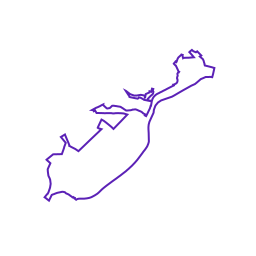 outline of Kalnciema pag., Jelgava, Latvia, rotated 72°
{"feature_id": "27541924B33017162899558", "entity_name": "Kalnciema pag.", "entity_type": "district", "adm_level": 2, "iso_a3": "LVA", "parent_name": "Latvia", "parent_adm1": "Jelgava", "projection": "orthographic", "projection_center": [23.587, 56.795], "detail": "fine", "context": "isolated", "style": "outline", "palette": "violet", "viewbox_px": 256, "rotation_deg": 72, "n_neighbors": 0, "source": "geoboundaries", "source_scale": "gbopen_adm2", "svg_char_len": 5307}
<svg xmlns="http://www.w3.org/2000/svg" viewBox="0 0 256 256"><g transform="rotate(72 128 128)"><path d="M99.8,156.7L100.4,155.5L101.5,155.3L101.1,153.9L104.0,153.3L104.5,151.7L105.0,150.4L105.4,149.3L105.9,147.8L106.3,146.7L106.8,145.5L107.3,143.5L108.0,141.4L108.6,139.5L109.3,138.2L109.8,136.9L110.0,135.5L110.5,133.8L110.9,132.5L111.4,131.2L111.9,129.8L112.9,127.5L113.9,126.1L115.0,124.5L116.1,126.5L119.7,133.2L121.1,135.9L124.4,142.1L121.9,143.4L120.8,144.1L118.9,145.3L116.0,147.2L114.0,148.6L113.6,148.9L113.2,149.3L112.5,149.9L111.8,150.6L117.9,156.3L118.4,156.7L119.1,156.2L120.9,153.6L124.2,160.5L127.3,167.0L131.1,174.8L134.7,182.3L131.7,184.6L130.8,185.5L129.7,186.6L128.6,187.7L127.4,188.8L127.0,189.2L126.8,189.4L126.4,189.1L123.0,189.3L122.1,189.4L118.8,189.7L116.1,189.9L114.9,190.0L114.7,190.0L115.8,194.6L122.9,191.8L126.3,194.5L127.0,194.9L127.2,195.0L128.1,195.7L128.4,195.9L130.6,197.6L132.4,199.0L130.9,204.0L129.9,207.3L132.9,215.1L133.0,215.3L134.5,214.5L134.7,214.3L135.6,213.8L137.5,212.7L140.7,215.6L142.4,217.1L144.7,217.7L145.8,217.9L148.5,218.4L148.9,218.4L149.4,218.4L151.3,218.1L153.0,218.0L157.2,218.8L160.7,220.6L164.8,223.7L165.5,224.5L165.8,224.8L165.8,225.0L165.9,225.3L168.1,228.7L169.2,227.9L172.7,225.6L172.4,225.3L171.8,224.8L170.8,223.8L170.7,223.7L168.8,221.9L168.7,221.8L168.3,221.4L168.1,221.2L168.0,220.3L168.0,219.5L168.0,219.1L168.0,218.7L167.9,217.8L167.8,215.5L167.9,214.3L168.1,212.6L168.3,210.5L168.5,209.8L168.8,209.2L169.1,208.6L169.5,208.1L169.7,207.8L170.9,207.2L171.4,206.7L171.6,206.4L172.0,205.9L172.3,205.6L172.9,205.0L173.1,204.8L173.3,204.7L173.8,204.3L174.1,204.1L174.7,203.7L175.7,202.9L176.6,202.3L177.3,201.5L177.0,201.2L177.6,200.7L177.7,201.0L177.9,200.7L178.0,200.4L178.1,200.2L178.3,200.3L178.5,200.4L178.7,200.5L178.8,200.4L180.2,199.5L180.1,199.2L179.9,198.2L180.0,196.9L180.4,195.3L181.1,193.3L181.6,191.8L182.1,189.4L182.3,188.1L182.5,186.3L182.5,184.8L182.4,183.7L181.9,180.9L181.7,180.0L181.0,177.4L180.2,175.5L179.3,173.7L178.4,171.9L177.6,170.0L176.8,167.9L176.0,165.7L175.0,162.7L173.9,159.5L172.8,156.0L172.4,154.7L171.5,152.1L170.8,149.9L169.7,146.9L168.5,143.5L167.4,141.0L167.1,140.2L166.2,138.3L165.2,136.1L163.1,132.2L161.3,129.2L158.8,125.6L156.4,122.2L155.2,120.6L153.9,118.6L152.3,116.5L151.4,115.4L150.8,114.9L149.4,113.7L147.8,112.6L147.2,112.3L144.2,111.4L139.2,109.9L135.4,108.9L133.5,108.3L131.2,107.3L128.7,105.7L121.4,99.0L121.0,98.8L118.8,97.8L117.2,96.6L115.1,94.9L113.0,91.6L112.0,87.9L112.0,87.3L111.9,82.4L111.8,76.5L111.3,73.8L110.3,69.3L109.1,63.7L108.2,59.1L107.3,54.6L107.1,52.7L106.9,50.8L106.2,48.9L105.0,46.0L104.0,43.7L103.8,41.1L103.5,38.4L104.5,35.2L104.7,34.2L105.7,32.2L103.4,30.7L103.1,30.5L98.5,27.8L97.6,27.3L96.5,29.0L96.3,29.2L93.9,33.0L92.6,35.1L92.3,35.6L91.2,35.6L90.7,35.4L89.9,35.4L88.7,35.4L87.5,35.3L85.7,35.5L82.2,37.6L81.7,35.9L76.5,38.5L77.0,40.0L76.4,40.7L75.1,42.2L74.4,42.6L73.5,43.1L74.5,45.7L74.8,46.2L75.0,46.1L76.5,45.4L78.6,44.5L81.1,43.5L80.0,48.2L79.4,50.3L79.2,50.8L78.4,53.8L78.5,54.0L78.0,54.0L77.5,54.0L76.9,53.9L76.4,53.8L75.9,53.7L75.4,53.4L74.8,54.4L74.7,54.5L74.9,54.7L75.0,55.0L76.5,58.3L77.1,59.0L77.7,59.6L78.9,60.5L79.6,61.0L80.0,61.3L80.3,61.8L79.4,62.2L79.6,62.5L79.8,62.7L80.4,63.7L80.9,64.6L81.0,64.6L82.2,64.0L83.4,63.4L83.5,63.2L90.1,62.4L90.4,62.1L90.6,62.4L90.7,62.5L90.4,62.9L91.7,64.3L93.7,64.6L94.9,65.6L96.3,66.1L96.9,65.9L97.8,66.1L98.4,66.3L99.3,66.8L100.1,67.6L100.5,68.4L100.6,69.0L100.9,70.8L100.8,71.5L101.3,71.4L101.7,71.3L101.9,72.7L102.0,73.6L102.2,74.6L102.5,76.6L102.7,77.8L102.8,78.5L103.1,80.0L103.3,81.2L103.5,82.9L103.8,84.3L104.1,86.7L104.3,87.5L104.4,88.3L104.5,89.0L104.6,89.8L104.8,90.5L105.1,91.5L105.7,92.8L106.2,93.7L106.8,94.5L107.7,95.5L108.6,96.2L109.7,97.0L112.2,98.3L113.3,98.9L114.0,99.3L113.9,99.6L115.4,100.6L116.2,101.2L118.8,103.7L120.3,105.1L122.3,107.1L122.1,107.3L121.2,108.1L120.5,107.3L119.4,108.4L118.7,109.1L118.3,109.2L117.7,109.6L117.0,110.0L116.9,110.1L115.8,111.2L115.3,111.9L113.4,114.0L112.7,114.9L112.5,115.4L112.4,115.9L112.2,116.9L112.1,117.4L111.9,118.1L112.0,118.4L112.0,119.0L111.9,120.1L111.3,122.6L111.2,123.1L111.0,123.9L110.9,124.2L110.7,124.5L110.2,124.8L109.3,125.6L108.1,126.5L107.8,126.7L106.4,127.9L106.2,128.0L105.4,128.8L105.0,129.6L104.5,130.6L104.2,131.2L103.8,131.9L103.4,132.7L103.2,133.2L102.5,134.5L102.4,134.8L102.1,135.6L102.0,136.3L102.6,137.5L103.0,138.3L103.4,139.3L103.3,139.9L103.1,141.3L103.0,141.7L103.0,141.8L102.8,142.0L102.5,142.3L102.1,142.5L100.9,143.2L99.1,144.2L98.8,144.4L98.3,144.4L97.9,144.2L98.1,145.8L98.3,146.8L98.6,148.2L98.7,149.3L98.8,149.8L98.9,151.3L98.9,151.9L99.8,156.7ZM104.3,102.6L104.2,102.6L102.3,102.1L100.4,105.6L99.8,109.8L99.1,112.0L97.4,114.3L96.7,115.2L96.3,115.6L92.1,118.5L91.9,118.7L97.0,117.3L98.8,116.8L99.0,116.9L99.3,116.5L100.2,114.9L101.4,112.8L101.8,112.1L102.7,110.4L102.9,110.1L103.1,109.7L102.9,109.0L102.3,108.2L102.9,106.9L105.6,104.4L106.2,104.0L106.4,103.6L107.9,100.9L108.0,100.8L109.8,97.5L109.4,97.3L109.2,97.8L108.2,99.8L107.7,100.8L106.8,100.4L106.6,100.4L106.4,100.1L106.0,99.4L105.0,97.5L104.3,96.2L104.1,95.4L103.1,93.6L101.5,92.7L101.4,92.8L100.1,92.8L98.7,91.9L98.0,93.0L100.7,94.8L99.7,96.2L100.8,96.7L101.2,100.6L101.9,101.0L104.3,102.3L104.3,102.6Z" fill="none" stroke="#5b21b6" stroke-width="2"/></g></svg>